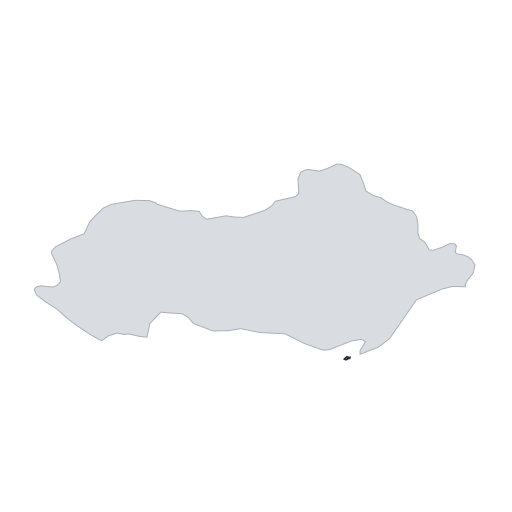 Vlorë, Albania shown in context, rotated 274°
{"feature_id": "67620474B93518338354482", "entity_name": "Vlorë", "entity_type": "district", "adm_level": 2, "iso_a3": "ALB", "parent_name": "Albania", "parent_adm1": "", "projection": "mercator", "projection_center": [19.277, 40.495], "detail": "fine", "context": "in_parent", "style": "filled", "palette": "slate", "viewbox_px": 512, "rotation_deg": 274, "n_neighbors": 0, "source": "geoboundaries", "source_scale": "gbopen_adm2", "svg_char_len": 1676}
<svg xmlns="http://www.w3.org/2000/svg" viewBox="0 0 512 512"><g transform="rotate(274 256 256)"><path d="M167.4,152.9L167.7,145.5L169.4,133.8L168.4,129.9L169.5,123.2L166.1,114.3L160.6,107.9L165.9,96.5L173.7,82.7L180.9,71.7L189.6,60.3L195.5,49.3L201.7,39.9L207.1,37.0L209.8,39.0L211.2,43.1L210.9,55.3L212.8,59.6L216.5,62.7L224.3,61.1L233.1,58.1L244.8,51.6L246.8,52.0L251.2,55.4L260.2,70.2L266.3,83.1L278.1,87.6L284.7,92.7L293.2,100.3L297.4,108.0L303.1,131.5L303.8,145.7L302.1,152.2L300.7,153.9L295.4,176.9L296.7,188.6L296.6,196.3L292.2,199.3L289.2,204.2L294.0,223.2L293.4,231.4L293.6,240.7L302.3,261.9L307.4,268.4L312.0,271.5L317.9,291.0L321.4,294.3L335.6,292.5L342.6,294.6L345.3,299.2L346.0,302.4L345.0,313.3L348.6,321.6L353.3,330.2L353.3,335.5L350.1,344.0L344.4,354.0L336.9,357.8L328.5,361.1L324.6,368.8L322.6,377.1L318.8,383.2L316.5,389.9L313.0,403.5L312.2,408.5L306.5,413.5L297.8,415.5L290.0,415.9L284.7,418.2L282.0,422.9L277.1,426.6L274.0,428.3L274.1,432.4L277.7,441.1L281.8,448.1L281.9,453.7L279.9,455.2L273.5,454.5L272.1,456.6L271.5,462.9L269.7,468.2L267.1,471.5L262.6,475.0L254.2,473.9L246.4,468.5L242.3,466.8L239.9,467.0L239.3,453.9L235.9,443.7L223.5,419.1L183.0,395.1L173.5,384.3L169.3,375.2L165.2,366.6L169.2,366.4L173.1,368.6L178.2,371.2L180.2,366.9L178.0,357.5L167.6,335.5L166.8,329.4L171.9,311.0L180.5,290.2L179.9,265.0L182.5,246.0L179.6,233.6L178.2,218.3L184.4,198.1L189.8,193.0L193.1,186.6L193.3,164.9L181.2,154.8L167.4,152.9Z" fill="#d9dde1" stroke="#a8b0b8" stroke-width="1"/><path d="M159.3,351.2L158.7,352.6L159.2,354.2L159.9,354.5L160.3,356.6L161.5,356.8L161.3,356.1L161.9,353.6L159.3,351.2Z" fill="#64748b" stroke="#1e293b" stroke-width="1.5"/></g></svg>